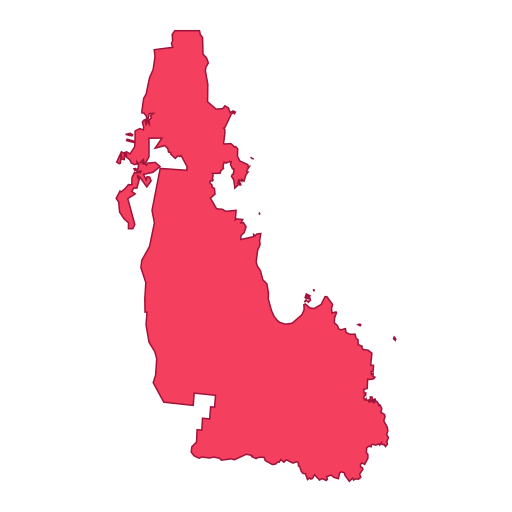 Cook, Queensland, Australia (Natural Earth projection)
{"feature_id": "25037944B35622910690770", "entity_name": "Cook", "entity_type": "district", "adm_level": 2, "iso_a3": "AUS", "parent_name": "Australia", "parent_adm1": "Queensland", "projection": "natural_earth1", "projection_center": [143.95, -13.681], "detail": "fine", "context": "isolated", "style": "filled", "palette": "rose", "viewbox_px": 512, "rotation_deg": 0, "n_neighbors": 0, "source": "geoboundaries", "source_scale": "gbopen_adm2", "svg_char_len": 6129}
<svg xmlns="http://www.w3.org/2000/svg" viewBox="0 0 512 512"><path d="M155.3,162.4L147.8,163.1L146.4,165.2L145.6,164.0L143.0,163.9L141.8,161.8L139.6,163.1L143.4,159.5L143.7,162.6L145.8,162.8L149.0,156.6L149.0,138.2L161.9,138.1L155.1,148.2L165.0,145.6L167.9,148.8L168.5,152.1L170.7,152.5L170.8,154.2L175.3,158.4L177.9,155.7L179.7,156.6L181.1,155.5L187.0,166.5L186.8,170.3L160.2,168.4L152.0,210.4L154.4,222.9L149.5,246.5L141.8,260.3L140.9,267.6L145.8,282.6L144.8,298.9L145.0,312.1L147.0,312.2L146.0,324.6L149.0,342.2L154.8,351.7L156.7,358.7L155.6,375.1L153.2,382.7L163.8,402.2L193.2,405.4L194.2,393.1L215.5,395.3L214.6,407.2L210.6,406.8L209.7,418.9L202.5,418.2L201.8,430.1L197.1,429.7L196.5,442.0L191.8,446.9L191.2,452.1L194.0,455.8L199.0,458.2L202.0,457.0L209.3,458.0L214.0,457.1L219.8,458.4L221.4,460.2L231.5,458.8L234.3,459.8L246.2,454.3L251.9,455.4L251.6,456.5L256.1,458.6L258.3,457.4L264.0,457.2L265.3,460.6L272.5,464.6L275.7,464.0L277.8,461.9L279.2,462.2L280.8,459.6L283.8,462.2L286.3,459.8L293.0,463.1L296.8,461.7L298.3,462.6L298.5,466.1L299.6,466.3L301.3,471.5L303.1,473.5L305.5,473.8L307.5,479.6L309.6,477.9L310.8,479.1L312.5,478.5L314.5,474.7L319.5,480.1L322.1,478.6L326.3,480.5L327.4,479.3L326.6,476.7L331.0,475.1L334.2,477.5L338.4,478.7L339.5,473.4L341.1,471.8L344.3,472.8L345.0,475.4L349.3,481.3L352.6,478.2L353.6,480.1L355.4,478.9L358.5,479.2L360.8,477.3L359.6,474.2L362.9,469.3L362.5,467.8L360.5,466.8L360.5,464.3L362.0,463.0L364.6,464.4L367.9,458.4L367.9,454.4L366.4,452.7L366.7,447.9L368.9,446.2L371.1,446.8L371.4,444.9L372.9,444.3L375.8,445.2L379.0,443.8L379.7,445.1L381.6,442.6L382.1,444.5L384.2,444.7L385.5,446.6L387.4,444.1L386.9,441.7L388.4,437.5L386.6,434.5L387.8,431.1L387.3,427.2L383.8,421.0L385.0,416.7L384.6,414.6L380.9,412.2L381.8,408.5L380.3,405.4L379.8,405.0L378.9,405.8L377.9,405.6L378.7,405.5L378.6,403.9L376.8,401.5L374.2,401.7L373.8,402.9L372.6,401.5L368.7,401.8L368.7,400.6L372.3,400.7L372.1,397.1L370.3,396.9L370.1,399.8L367.2,400.2L366.0,400.0L366.1,398.7L364.6,399.8L363.7,397.9L364.4,395.4L365.6,395.6L365.8,392.9L364.2,393.1L363.7,389.3L367.2,388.5L367.7,378.4L367.9,379.5L370.7,379.4L373.8,378.8L374.9,377.2L373.1,376.6L373.1,373.5L371.4,374.5L371.3,371.5L373.0,371.6L373.6,365.4L370.7,365.1L371.9,353.2L368.0,350.1L363.3,349.6L361.8,347.6L362.1,346.2L358.2,344.6L358.0,339.6L356.1,338.4L355.1,334.2L350.0,334.3L346.0,332.5L345.4,328.6L341.1,329.8L338.8,329.0L337.5,325.6L334.3,322.7L334.6,317.9L336.5,312.8L336.0,311.9L332.0,313.0L331.5,308.6L332.6,304.5L326.9,296.7L325.1,296.6L321.1,304.5L314.1,308.5L310.0,308.0L305.4,304.0L303.9,304.6L304.1,309.8L301.9,314.7L292.2,323.2L285.6,324.2L279.9,322.5L277.4,320.5L274.3,316.8L271.5,310.6L268.3,299.1L268.5,293.3L266.9,283.9L262.8,279.7L260.5,270.8L257.4,266.2L256.2,262.1L257.6,250.6L260.1,244.4L259.6,240.7L260.8,233.5L256.5,234.1L255.3,235.8L253.6,234.4L253.8,236.6L240.8,239.5L241.0,235.5L244.2,232.5L246.1,226.8L243.4,222.6L241.0,223.0L242.7,219.5L236.5,218.9L235.3,219.8L236.1,210.3L225.9,211.3L222.1,209.2L216.6,208.8L210.4,198.1L215.0,194.2L214.5,188.5L212.1,187.1L212.0,185.1L209.6,182.5L210.6,180.7L212.6,181.0L213.1,179.7L212.3,178.8L213.1,175.8L212.4,173.5L220.0,173.3L221.0,170.5L223.5,168.5L223.0,166.1L224.2,162.2L226.2,163.1L229.7,161.5L230.7,162.7L231.4,161.0L230.5,164.6L232.5,168.9L234.0,169.0L233.3,174.3L232.3,174.4L231.5,176.5L233.7,179.9L234.9,188.1L238.3,184.7L240.6,185.0L240.5,183.6L239.3,181.7L239.1,179.8L241.8,181.3L241.7,179.4L244.0,181.2L246.0,174.8L248.1,172.0L246.9,171.8L246.9,170.4L249.5,166.3L248.1,166.5L247.8,164.6L239.9,161.0L237.5,156.4L237.7,148.9L235.7,146.6L234.5,146.8L230.9,143.6L224.0,144.0L223.6,143.1L224.9,133.1L224.8,129.3L223.6,128.1L225.2,127.0L231.3,114.0L233.4,112.6L234.3,113.8L235.4,112.1L233.2,110.9L230.0,112.5L228.5,108.0L224.9,105.8L222.7,108.7L216.1,109.1L207.6,101.8L207.8,84.2L205.4,70.8L205.9,67.2L208.4,62.9L206.4,57.6L203.0,54.2L202.6,37.7L200.3,34.4L199.5,30.7L174.8,30.7L172.2,34.5L172.6,40.9L171.4,43.6L172.7,47.3L154.2,49.7L155.0,56.5L153.1,69.7L149.6,77.4L146.1,94.1L143.7,98.2L141.8,111.4L141.9,112.9L144.0,113.1L146.1,115.9L146.9,118.0L145.6,120.2L146.6,121.1L147.7,121.1L149.2,113.6L153.4,113.4L150.7,115.4L151.1,118.1L149.1,120.1L149.4,124.2L147.6,121.5L146.4,122.6L146.3,125.5L145.0,119.7L143.7,120.3L142.4,122.0L143.7,127.6L143.2,129.9L139.8,128.6L135.1,131.0L135.0,141.5L127.2,139.2L126.6,140.6L134.9,142.7L134.6,147.0L130.0,153.9L126.6,151.8L123.3,153.0L121.4,151.8L116.7,162.1L119.2,163.7L120.4,163.2L121.2,153.5L121.8,159.1L124.2,159.6L124.4,156.5L127.1,155.0L125.8,156.7L129.6,159.6L131.4,163.1L134.4,164.5L137.0,164.1L136.9,161.7L138.5,163.8L138.2,168.5L135.7,169.9L137.3,171.1L136.3,173.0L134.5,172.5L132.0,177.5L131.8,184.9L128.4,184.6L125.3,188.5L121.0,191.9L120.0,191.0L116.2,198.4L118.7,202.1L119.6,212.1L124.1,218.9L128.5,222.8L128.4,228.7L132.8,228.7L134.8,224.5L127.8,198.6L135.2,193.9L131.8,191.5L133.7,188.1L136.8,188.1L139.9,177.2L146.8,186.9L151.1,180.9L149.7,177.1L147.1,176.7L146.2,179.9L143.5,174.4L153.0,172.3L160.0,166.6L155.3,162.4ZM240.2,183.5L237.9,183.0L238.8,182.3L237.9,180.3L240.2,183.5ZM138.5,179.1L137.7,177.2L137.3,174.7L138.3,176.1L138.5,179.1ZM123.6,154.7L124.5,154.6L124.2,153.6L125.7,153.2L126.9,154.1L125.5,153.7L124.6,154.7L123.6,154.7ZM138.9,172.7L137.8,172.3L137.6,171.2L138.5,171.2L138.9,172.7ZM141.0,171.1L140.5,172.2L140.1,171.2L141.0,171.1ZM309.5,296.0L306.5,298.2L310.2,299.2L309.5,296.0ZM125.6,134.4L131.9,135.9L132.7,134.8L130.1,133.3L125.6,134.4ZM393.5,338.8L395.3,340.4L395.8,339.0L394.2,337.0L393.5,338.8ZM309.0,295.3L306.4,293.9L304.9,298.2L307.4,295.4L309.0,295.3ZM373.8,399.9L372.3,398.8L372.6,400.8L375.8,400.9L375.0,399.0L373.8,399.9ZM135.0,170.6L136.2,169.1L135.5,168.5L136.0,168.4L133.9,168.8L135.0,170.6ZM358.0,324.6L360.1,325.8L360.8,325.0L359.9,324.1L358.0,324.6ZM308.4,302.3L309.8,300.9L307.4,301.2L308.4,302.3ZM313.6,289.9L313.9,291.3L314.2,290.0L314.0,289.9L313.6,289.9ZM304.4,302.1L306.4,300.7L306.3,300.0L305.8,300.0L304.4,302.1ZM259.3,214.8L259.7,213.4L259.5,213.2L259.3,214.8ZM253.8,159.1L252.1,158.4L250.6,157.1L252.0,158.4L253.8,159.1Z" fill="#f43f5e" stroke="#9f1239" stroke-width="1.5"/></svg>